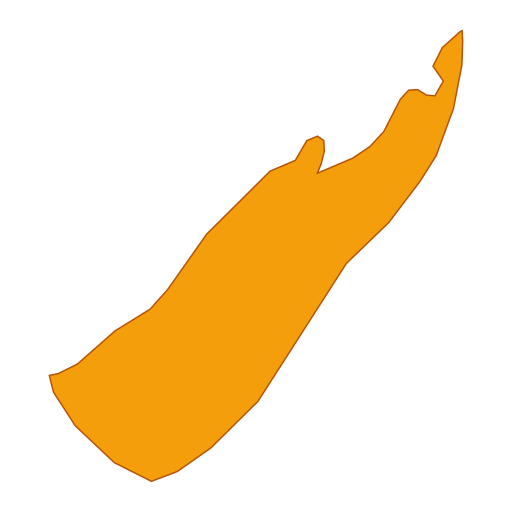 Nelson City, orthographic projection
{"feature_id": "NZL-3402", "entity_name": "Nelson City", "entity_type": "Unitary Authority", "adm_level": 1, "iso_a3": "NZL", "parent_name": "New Zealand", "parent_adm1": "", "projection": "orthographic", "projection_center": [173.429, -41.222], "detail": "fine", "context": "isolated", "style": "filled", "palette": "amber", "viewbox_px": 512, "rotation_deg": 0, "n_neighbors": 0, "source": "natural_earth", "source_scale": "10m", "svg_char_len": 630}
<svg xmlns="http://www.w3.org/2000/svg" viewBox="0 0 512 512"><path d="M49.3,375.4L58.0,373.7L77.5,364.0L115.0,330.9L150.2,309.1L167.6,289.6L206.8,234.0L270.0,171.2L295.4,160.3L306.8,140.6L317.5,136.2L323.8,140.6L324.3,151.2L321.3,163.5L317.4,173.2L352.6,158.2L369.9,146.6L383.8,131.6L400.4,99.2L408.6,90.2L417.6,89.6L426.3,95.1L435.0,95.8L443.3,81.0L433.0,66.2L442.4,47.5L460.2,31.6L462.1,30.7L462.7,40.5L461.9,64.8L453.5,108.5L436.1,155.8L419.8,181.6L388.7,222.6L346.4,263.4L257.9,401.4L211.1,447.7L177.5,471.4L151.4,481.3L114.4,462.7L75.2,425.7L53.5,392.1L49.3,375.4Z" fill="#f59e0b" stroke="#b45309" stroke-width="1.5"/></svg>